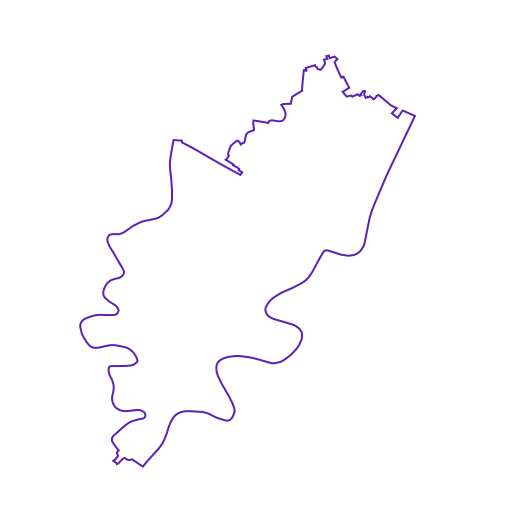 An Lao, Hải Phòng, Vietnam (Natural Earth projection), rotated 256°
{"feature_id": "81297802B65658789050233", "entity_name": "An Lao", "entity_type": "district", "adm_level": 2, "iso_a3": "VNM", "parent_name": "Vietnam", "parent_adm1": "Hải Phòng", "projection": "natural_earth1", "projection_center": [106.554, 20.797], "detail": "fine", "context": "isolated", "style": "outline", "palette": "violet", "viewbox_px": 512, "rotation_deg": 256, "n_neighbors": 0, "source": "geoboundaries", "source_scale": "gbopen_adm2", "svg_char_len": 5982}
<svg xmlns="http://www.w3.org/2000/svg" viewBox="0 0 512 512"><g transform="rotate(256 256 256)"><path d="M232.4,69.2L231.2,68.7L230.4,68.5L229.3,68.3L223.4,68.2L221.3,68.5L218.6,69.2L214.0,70.6L210.7,72.1L208.8,73.2L207.7,74.2L206.7,75.5L205.9,77.5L205.5,78.9L205.3,80.4L205.1,82.6L205.0,87.4L204.8,91.7L204.6,93.5L204.2,95.5L203.5,97.7L201.8,101.6L199.2,106.9L197.9,108.8L196.6,110.3L195.0,111.7L192.9,113.2L191.6,113.9L188.8,114.9L185.2,115.7L183.9,115.7L182.9,115.7L182.2,115.3L181.6,114.4L180.3,111.5L180.1,110.1L180.1,108.0L180.5,104.6L183.0,93.7L184.2,88.9L184.2,88.1L184.1,87.1L183.6,86.5L182.6,85.8L181.3,85.4L179.0,85.1L175.8,85.1L173.6,85.6L170.9,86.3L168.5,86.5L166.3,86.6L164.3,86.5L162.5,86.0L160.1,85.2L157.8,84.2L156.0,83.2L154.6,82.5L152.9,82.0L151.5,81.7L149.7,81.5L147.8,81.6L145.5,82.1L143.7,82.8L142.2,83.7L140.8,85.0L139.2,86.9L137.9,89.3L137.3,90.9L136.8,93.2L136.4,95.7L136.0,98.3L135.5,103.0L135.1,104.4L134.7,105.7L134.1,106.8L133.3,107.8L131.8,109.4L130.8,110.0L129.9,110.2L128.4,110.2L127.4,109.9L126.9,109.5L126.2,108.8L125.9,108.0L125.7,107.3L125.7,105.5L125.9,103.1L125.8,98.8L125.7,96.4L125.3,93.7L124.6,91.5L123.5,88.5L121.6,84.7L120.2,82.0L117.9,77.9L116.2,74.6L114.9,72.8L114.0,72.2L113.0,71.8L112.1,71.6L110.9,71.6L109.1,72.2L107.7,72.6L100.5,75.7L99.7,74.3L99.2,73.8L98.8,73.5L98.4,73.4L97.9,73.4L97.4,73.4L96.6,73.7L96.1,73.8L95.6,73.8L95.2,73.6L94.8,73.3L94.5,73.0L94.3,72.6L94.2,71.8L93.3,71.2L93.0,70.6L92.6,70.0L92.1,69.5L92.0,69.1L92.0,68.7L92.1,68.2L92.0,67.9L91.7,67.9L90.9,68.5L89.9,69.7L89.3,70.2L88.5,70.5L87.7,70.6L87.9,71.9L91.4,77.6L91.9,79.5L89.5,81.9L88.9,82.9L88.6,84.0L88.6,85.4L88.8,86.5L79.1,95.2L79.3,95.6L83.0,100.6L92.9,115.3L96.0,119.0L98.8,121.7L105.1,126.3L108.7,128.4L113.9,131.8L116.3,133.8L119.2,136.6L121.1,139.4L122.0,141.9L122.6,144.9L122.7,146.9L122.4,150.3L121.6,153.7L117.5,166.8L114.8,171.4L108.7,178.6L104.6,185.2L103.4,187.5L103.0,189.1L103.0,190.3L103.5,191.7L104.4,193.2L105.8,194.5L107.5,195.9L110.3,197.6L113.2,198.1L118.9,197.5L126.2,195.9L139.6,192.0L148.8,190.0L153.4,189.8L156.3,190.3L158.8,191.0L160.3,191.8L161.9,193.3L163.1,195.0L163.7,196.5L164.3,198.4L164.6,200.2L164.8,204.5L164.2,210.1L163.6,213.3L162.9,215.8L159.5,224.6L157.7,228.5L154.9,233.6L151.6,239.3L149.7,242.6L147.8,246.1L147.4,249.0L147.3,254.1L148.3,258.0L151.3,265.3L152.9,267.9L156.3,273.1L157.8,274.8L159.5,276.6L161.4,278.0L163.1,279.4L164.4,280.2L166.8,281.2L169.6,281.9L171.3,281.8L173.3,281.1L174.9,280.5L176.3,279.5L179.3,276.8L181.3,273.9L190.7,257.8L193.0,254.9L195.0,253.4L197.1,252.3L199.6,252.0L201.5,252.1L203.7,252.9L206.1,255.2L208.0,257.1L209.5,259.4L211.2,262.5L212.7,267.0L213.9,270.8L214.5,273.4L216.3,284.2L218.2,292.1L219.5,296.3L220.4,298.4L222.5,301.9L226.5,306.4L240.3,319.0L243.9,322.8L244.6,323.9L244.6,325.3L244.0,327.0L236.6,339.1L234.3,344.6L233.7,346.8L233.5,348.9L233.3,351.5L233.6,353.5L234.1,355.3L235.1,357.7L237.1,360.3L238.7,361.9L241.3,364.0L265.9,375.7L272.5,379.8L278.8,384.3L302.7,402.3L353.5,444.1L361.6,433.6L361.0,432.7L355.8,426.9L361.5,422.3L365.4,428.4L369.5,423.3L382.5,414.0L382.5,413.0L382.3,412.1L382.0,411.5L381.3,411.1L381.0,410.6L380.0,409.0L379.5,408.1L383.5,405.2L382.7,403.1L383.5,402.7L382.9,400.8L386.2,400.0L387.0,400.3L389.5,401.6L390.2,400.5L390.1,399.8L388.8,398.2L387.4,396.5L386.4,396.9L386.3,395.1L386.8,394.8L388.4,393.7L387.3,388.0L388.2,387.6L388.7,387.0L388.7,382.6L394.3,379.8L396.7,387.1L408.8,384.2L408.5,382.6L409.0,382.5L408.9,381.8L419.3,379.9L425.2,379.1L427.3,382.6L430.5,380.6L430.1,375.3L432.8,375.2L432.9,372.6L430.0,372.7L430.1,369.6L425.7,369.5L423.0,366.4L421.0,363.8L422.5,361.1L423.0,360.9L424.3,360.9L424.5,360.7L425.4,359.6L426.8,359.5L426.4,349.9L423.7,349.8L423.6,349.6L423.7,349.1L423.9,348.9L424.2,348.9L424.6,348.7L424.7,348.3L424.8,347.4L412.9,343.1L406.4,340.9L405.2,340.8L403.9,336.3L402.5,332.1L401.8,329.7L395.3,326.6L396.6,320.4L396.8,319.0L396.8,318.6L396.5,317.1L392.1,318.7L390.3,319.0L388.7,319.2L387.3,319.1L386.0,318.9L384.7,318.4L382.9,317.3L381.4,315.5L381.0,314.6L380.8,313.7L380.8,312.8L380.9,311.9L381.5,309.6L383.8,304.4L383.9,303.1L383.9,302.3L383.7,301.5L383.3,300.9L382.1,300.1L385.1,293.6L388.1,286.3L385.5,285.4L383.3,285.2L378.8,284.5L378.5,284.0L378.1,279.4L377.8,278.2L377.3,277.2L377.0,276.9L376.7,276.2L376.2,275.7L370.3,272.9L369.8,272.6L368.8,271.8L368.8,270.3L367.9,268.2L370.0,267.7L372.0,266.6L372.5,265.6L372.1,264.5L371.3,262.8L370.2,260.4L369.0,258.4L368.0,257.4L366.6,256.6L363.7,254.5L361.7,253.6L361.0,253.5L360.1,254.0L359.1,253.3L357.7,251.6L356.7,249.9L350.3,256.3L349.6,255.7L346.1,259.5L344.4,260.8L343.3,260.0L340.5,262.9L338.5,260.4L354.4,243.2L376.2,220.6L384.1,211.7L385.8,212.0L387.6,206.7L388.5,204.1L377.8,199.2L371.9,196.7L366.8,194.9L364.1,194.2L359.3,193.4L351.3,192.4L340.1,190.4L330.9,188.1L328.5,187.1L326.5,185.9L323.7,183.6L322.7,182.6L321.8,181.3L318.2,174.8L317.3,172.3L316.9,171.0L316.7,169.8L316.6,168.5L316.5,167.2L316.6,164.3L317.0,156.9L316.9,154.0L316.6,151.5L316.2,149.5L315.8,147.9L315.2,145.0L314.1,141.9L311.2,134.2L310.7,132.2L310.4,130.6L310.3,129.1L310.4,127.9L310.6,126.9L311.6,123.6L311.9,122.5L312.0,121.4L312.0,120.2L312.0,119.3L311.7,118.7L311.2,117.9L309.4,116.4L308.3,115.8L306.9,115.6L305.3,115.5L301.7,116.0L299.8,116.5L292.9,118.7L281.4,122.0L275.7,123.7L274.4,124.0L273.0,124.0L271.4,123.7L270.7,123.2L270.1,122.6L269.3,121.6L268.7,120.6L268.2,119.4L267.9,117.9L267.9,112.3L267.7,110.4L267.5,109.2L267.0,107.8L266.4,106.5L265.6,105.2L264.2,103.5L262.9,102.2L260.8,100.6L258.8,99.5L257.0,98.8L255.4,98.6L254.5,98.6L253.0,99.0L251.5,99.7L247.3,102.6L246.5,103.4L242.7,107.1L241.9,107.7L240.9,108.4L240.0,108.9L239.2,109.2L237.3,109.5L236.4,109.5L235.5,109.0L234.0,107.7L233.5,106.9L233.2,106.1L233.1,105.0L233.2,103.5L233.7,101.1L236.8,89.7L237.1,88.2L237.3,86.5L237.4,84.3L237.4,82.6L237.3,81.2L237.0,78.8L236.7,76.3L236.4,74.9L236.1,73.6L235.6,72.6L235.0,71.6L234.4,70.8L233.5,69.9L232.4,69.2Z" fill="none" stroke="#5b21b6" stroke-width="2"/></g></svg>